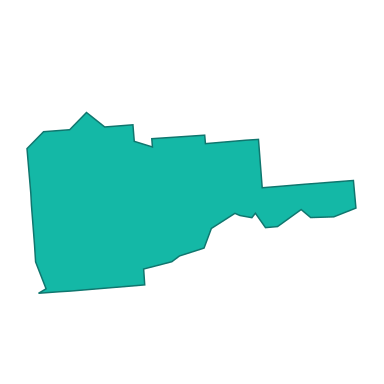 Clayton, Georgia, United States of America, rotated 265°
{"feature_id": "52423323B9974205339901", "entity_name": "Clayton", "entity_type": "district", "adm_level": 2, "iso_a3": "USA", "parent_name": "United States of America", "parent_adm1": "Georgia", "projection": "equal_earth", "projection_center": [-84.36, 33.501], "detail": "fine", "context": "isolated", "style": "filled", "palette": "teal", "viewbox_px": 384, "rotation_deg": 265, "n_neighbors": 0, "source": "geoboundaries", "source_scale": "gbopen_adm2", "svg_char_len": 698}
<svg xmlns="http://www.w3.org/2000/svg" viewBox="0 0 384 384"><g transform="rotate(265 192 192)"><path d="M189.4,353.8L189.9,304.8L190.0,279.4L190.1,262.3L238.6,262.8L238.9,250.1L239.0,209.6L247.5,209.6L248.1,180.0L248.6,156.6L240.3,156.5L247.5,138.9L264.1,139.0L264.3,116.7L264.4,110.7L280.4,93.8L264.7,75.6L265.0,49.4L249.6,31.4L204.3,31.3L192.9,30.9L152.4,30.5L136.0,30.1L108.3,38.2L104.5,30.3L104.2,51.3L103.9,62.7L103.8,89.3L103.6,136.8L119.5,137.1L124.3,165.8L129.4,174.0L135.1,199.1L154.0,208.1L167.0,232.9L164.4,237.7L161.2,249.4L165.3,253.3L150.1,262.1L150.1,274.2L165.0,299.2L156.2,308.0L154.9,331.1L161.7,353.9L189.4,353.8Z" fill="#14b8a6" stroke="#0f766e" stroke-width="1.5"/></g></svg>